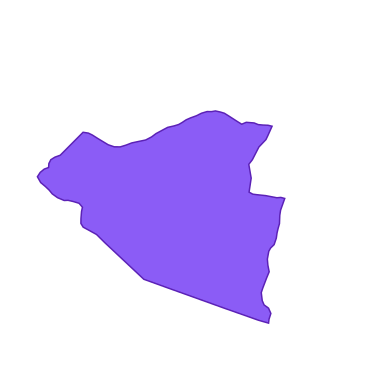 the district of Mogeiro, Paraíba, Brazil, rotated 304°
{"feature_id": "56859067B61318490511597", "entity_name": "Mogeiro", "entity_type": "district", "adm_level": 2, "iso_a3": "BRA", "parent_name": "Brazil", "parent_adm1": "Paraíba", "projection": "robinson", "projection_center": [-35.482, -7.296], "detail": "fine", "context": "isolated", "style": "filled", "palette": "violet", "viewbox_px": 384, "rotation_deg": 304, "n_neighbors": 0, "source": "geoboundaries", "source_scale": "gbopen_adm2", "svg_char_len": 1348}
<svg xmlns="http://www.w3.org/2000/svg" viewBox="0 0 384 384"><g transform="rotate(304 192 192)"><path d="M144.3,58.9L139.9,56.9L135.6,57.4L132.1,59.4L128.4,56.7L123.4,55.2L118.2,55.3L115.2,61.3L114.6,67.1L113.7,72.5L112.3,77.2L112.1,83.7L113.5,90.8L115.8,93.9L117.7,98.9L119.5,104.7L118.1,109.7L114.1,111.3L107.9,114.8L103.8,117.5L102.0,121.4L103.4,136.6L101.2,148.2L92.7,200.9L100.6,232.1L114.1,285.2L122.9,319.0L126.1,328.8L129.6,327.0L135.4,325.3L138.5,320.4L138.7,314.9L141.2,311.0L147.3,305.7L151.9,304.4L162.2,302.0L169.0,300.6L173.8,295.8L178.5,292.0L185.8,288.8L189.5,288.5L194.3,289.5L200.9,287.7L205.6,285.4L210.1,283.7L214.7,282.2L221.8,277.8L226.5,275.6L238.5,272.5L237.2,268.7L234.7,265.6L230.2,255.1L226.2,247.6L224.2,243.6L223.8,239.4L236.6,233.3L246.7,223.6L252.5,224.0L266.7,222.3L276.8,224.0L280.9,223.4L291.3,221.6L289.9,217.8L287.2,213.4L284.9,209.2L284.0,204.9L280.1,198.0L276.0,195.3L275.8,190.4L275.6,180.8L275.4,174.8L274.2,170.9L272.3,166.1L269.6,163.3L267.1,159.5L262.6,155.8L257.5,152.9L252.7,149.4L248.6,146.8L244.2,145.0L240.5,143.2L236.8,140.2L232.0,135.7L228.1,133.6L223.7,131.3L220.3,129.5L215.1,127.7L209.2,124.5L204.5,119.9L199.0,114.6L194.0,111.1L189.3,107.3L186.0,102.3L184.3,96.1L183.7,84.3L183.5,77.4L182.9,73.2L180.6,68.3L148.8,62.2L144.3,58.9Z" fill="#8b5cf6" stroke="#5b21b6" stroke-width="1.5"/></g></svg>